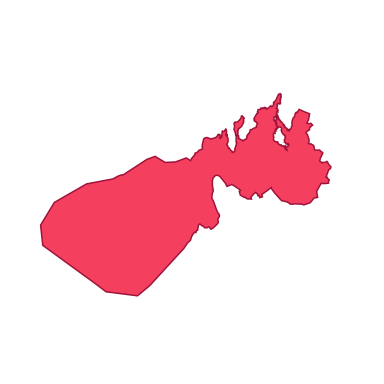 the district of Fuossko smj 2, Nordland, Norway, rotated 124°
{"feature_id": "86288312B90819759899265", "entity_name": "Fuossko smj 2", "entity_type": "district", "adm_level": 2, "iso_a3": "NOR", "parent_name": "Norway", "parent_adm1": "Nordland", "projection": "mercator", "projection_center": [15.387, 67.235], "detail": "fine", "context": "isolated", "style": "filled", "palette": "rose", "viewbox_px": 384, "rotation_deg": 124, "n_neighbors": 0, "source": "geoboundaries", "source_scale": "gbopen_adm2", "svg_char_len": 5905}
<svg xmlns="http://www.w3.org/2000/svg" viewBox="0 0 384 384"><g transform="rotate(124 192 192)"><path d="M86.2,105.7L86.3,107.7L85.8,109.7L86.9,110.9L88.4,113.4L88.1,114.4L85.7,116.7L85.4,117.6L85.6,120.5L86.5,121.4L86.5,122.7L84.7,123.1L82.7,124.7L80.1,128.1L79.2,130.7L77.6,130.6L74.8,129.4L72.8,130.4L69.1,129.4L68.6,132.0L69.9,132.9L70.6,135.3L67.0,135.8L61.4,138.2L62.8,144.6L63.6,149.4L67.1,149.2L68.3,149.9L68.0,150.2L69.3,150.4L70.6,149.6L73.1,149.2L74.0,149.5L76.8,148.8L79.1,147.7L80.6,146.1L82.1,146.2L83.8,145.3L85.3,145.6L85.5,146.2L87.0,145.5L87.2,146.7L87.6,147.4L86.8,148.0L86.4,146.4L86.0,146.0L86.7,147.9L86.2,148.8L86.5,149.2L86.2,149.9L86.4,151.0L86.0,151.1L85.8,152.1L85.5,152.3L85.9,152.4L85.6,153.0L85.4,153.0L85.4,153.4L85.0,153.2L84.8,153.7L84.9,154.7L84.1,155.6L83.9,157.0L84.2,157.6L83.9,158.3L83.6,158.3L83.1,159.7L83.2,160.3L83.6,160.6L83.6,161.0L83.0,161.6L82.6,161.1L82.7,160.8L81.1,163.1L82.6,162.4L82.6,163.0L82.3,163.0L83.3,163.4L86.4,162.2L87.4,160.7L89.4,159.2L89.4,158.6L89.9,158.3L90.3,156.5L88.9,155.8L88.7,154.7L88.8,153.5L91.1,152.4L91.0,152.2L92.3,150.9L93.2,148.6L93.3,147.3L93.0,147.3L93.3,145.9L94.5,145.7L95.2,144.6L97.1,144.7L97.7,144.3L98.1,143.3L98.9,143.3L98.7,142.3L99.0,142.3L99.5,140.5L98.0,139.5L98.4,138.2L99.5,138.1L99.6,138.5L100.2,137.8L101.3,138.1L101.9,139.0L101.7,139.9L101.3,140.2L101.8,140.5L103.0,139.2L103.8,137.9L104.0,138.0L103.7,137.1L104.2,136.7L104.1,137.3L104.3,137.3L104.3,137.7L104.1,138.2L103.8,138.1L103.9,138.7L102.5,141.5L103.6,141.5L103.1,141.7L103.1,142.4L103.4,142.5L103.5,143.6L103.3,143.9L103.6,143.9L103.4,145.1L103.7,146.0L103.7,146.5L103.9,146.5L103.8,147.5L103.3,147.8L103.2,148.9L102.6,149.0L102.7,149.5L103.5,150.4L103.6,152.8L103.3,153.0L102.8,154.1L100.7,154.8L100.2,155.7L97.7,157.2L96.9,156.9L96.8,156.0L95.8,157.0L95.1,156.9L94.9,157.5L94.4,157.4L94.1,156.7L93.5,157.9L92.7,157.9L92.4,156.8L91.7,156.8L89.1,159.9L88.5,161.0L87.0,161.7L87.0,162.8L86.8,162.8L86.8,163.7L86.4,163.7L86.5,164.3L85.9,164.6L85.9,165.1L83.8,165.8L82.8,165.1L83.0,164.8L82.7,164.8L82.6,163.9L81.6,164.2L81.4,164.8L80.7,165.1L79.5,164.4L80.2,165.2L80.0,165.8L78.5,166.1L78.4,166.7L77.6,166.6L77.5,165.8L77.0,166.4L76.5,166.1L76.1,166.3L75.9,167.2L74.7,167.8L75.3,167.8L75.3,168.6L75.5,168.9L73.7,169.0L71.7,170.1L71.7,170.6L70.2,170.2L70.2,169.4L69.9,169.4L69.9,168.3L68.8,168.3L67.0,169.9L65.9,170.2L66.1,170.5L65.6,170.7L65.7,171.0L63.7,171.1L63.8,171.4L63.1,171.6L62.9,172.3L61.4,172.4L61.2,174.0L62.2,174.0L62.6,174.9L69.9,173.7L70.7,174.2L71.7,173.9L71.7,174.4L72.8,174.2L73.3,173.4L75.8,173.1L76.8,173.9L76.6,174.4L76.9,174.6L76.6,174.9L81.3,176.2L81.8,177.7L80.9,177.6L80.8,178.1L81.5,179.4L82.7,179.6L82.8,180.4L83.7,180.7L83.7,181.3L84.2,181.0L84.6,181.4L84.3,181.4L84.3,181.8L85.6,181.7L86.6,182.8L86.7,183.3L88.9,182.6L89.1,181.7L90.2,181.6L90.6,182.1L96.6,181.7L97.0,181.2L97.0,180.6L98.1,180.3L98.2,179.7L97.9,179.0L98.2,178.7L98.1,176.9L98.5,176.9L98.9,175.8L101.1,175.7L102.5,174.8L104.6,176.5L107.1,177.5L107.7,178.5L110.4,177.6L111.7,177.8L111.8,177.4L113.2,177.9L115.1,177.9L115.8,177.1L117.7,176.7L118.2,176.7L118.6,177.5L120.9,178.2L120.6,178.4L121.2,180.0L121.4,183.0L121.1,183.0L121.1,183.6L119.7,184.5L119.6,185.4L119.2,185.2L118.7,186.5L117.3,186.9L116.8,187.7L116.4,187.7L116.4,188.1L114.6,188.2L114.2,188.9L110.1,187.6L105.3,188.1L104.9,188.8L103.7,189.1L102.6,190.1L101.7,189.9L100.8,193.0L101.6,193.5L103.4,192.6L107.6,193.2L109.5,194.3L110.0,195.4L110.7,195.7L112.2,195.2L112.8,194.2L114.3,193.1L116.7,192.2L118.1,189.9L120.6,187.3L120.1,187.2L120.5,186.3L122.3,185.7L122.2,185.5L122.5,185.1L122.9,185.3L125.3,183.8L126.5,182.7L126.3,182.3L132.5,180.5L134.0,179.4L136.2,179.9L136.4,180.1L136.2,180.6L136.3,180.8L136.0,180.8L136.1,181.3L135.7,182.1L136.0,182.8L135.1,184.6L135.0,185.7L135.9,186.1L134.7,186.1L134.8,187.0L133.9,187.9L133.3,189.1L133.5,189.5L133.3,189.7L130.5,190.1L128.8,191.1L126.9,192.7L126.8,193.6L124.6,194.9L124.7,195.4L124.2,195.8L126.0,195.1L126.0,195.4L125.6,195.4L125.3,196.0L122.8,196.9L122.2,197.4L121.9,198.1L121.3,198.3L120.9,198.9L121.0,199.3L123.7,199.2L124.3,199.7L124.4,200.9L124.0,201.3L129.6,198.3L130.0,198.1L130.4,198.7L131.5,198.5L131.4,199.1L131.7,199.3L129.6,200.1L129.0,200.6L128.9,201.2L129.7,201.1L129.6,202.5L132.1,202.4L134.0,203.0L136.1,204.9L137.2,205.4L138.5,210.1L139.7,211.4L141.5,212.0L148.0,209.5L150.5,207.4L153.7,209.7L155.5,209.6L158.3,211.2L159.0,210.5L164.6,211.1L166.8,210.7L167.0,215.8L176.3,222.5L182.5,230.8L183.1,242.5L190.1,247.6L216.4,258.7L217.1,259.9L219.7,261.9L225.4,264.9L244.2,283.9L277.6,300.3L304.1,299.0L319.7,285.9L322.1,219.7L322.8,207.4L308.5,179.1L293.2,174.7L243.3,167.2L236.6,167.2L233.0,166.3L228.6,167.5L226.2,167.6L223.9,167.4L223.4,166.1L221.5,166.7L220.6,166.0L216.1,168.0L214.3,167.9L214.1,167.7L214.4,164.9L214.0,163.3L214.6,161.5L212.9,159.2L211.7,159.0L211.4,158.4L211.5,157.7L212.3,155.7L212.2,155.4L209.8,154.3L203.8,153.0L202.2,153.4L199.9,155.5L197.4,155.5L195.7,156.3L194.5,159.3L193.4,161.2L187.8,168.8L185.9,172.3L182.2,174.2L178.9,175.1L174.9,179.0L170.6,181.7L168.6,182.3L165.5,181.9L164.1,180.7L163.4,177.9L166.1,169.1L167.8,166.1L163.5,163.2L163.3,159.5L163.3,153.9L163.7,152.7L165.0,153.2L167.5,150.3L167.3,145.7L166.5,144.9L166.9,143.4L166.7,142.1L164.6,138.8L164.0,139.8L162.6,140.2L158.5,139.6L156.6,138.9L157.1,137.9L156.8,137.3L158.2,135.1L157.2,134.5L158.8,132.7L156.6,130.9L155.0,132.7L144.0,128.7L144.7,128.2L146.6,122.9L149.1,112.9L147.5,109.0L146.8,105.9L147.2,104.3L146.4,102.4L144.4,100.3L140.5,93.8L140.2,92.1L134.8,88.0L128.6,87.4L126.3,84.8L121.8,89.0L112.9,89.8L109.6,85.1L108.2,83.7L106.7,84.8L105.3,84.9L104.8,87.6L104.2,88.2L104.6,89.2L97.2,91.1L95.2,90.3L93.4,90.9L92.9,92.8L92.9,93.8L91.4,96.4L91.2,97.3L92.3,97.6L94.5,100.2L95.2,100.5L94.8,102.1L95.0,102.8L94.8,103.5L92.0,104.6L89.7,104.7L88.9,105.3L87.4,105.0L86.2,105.7Z" fill="#f43f5e" stroke="#9f1239" stroke-width="1.5"/></g></svg>